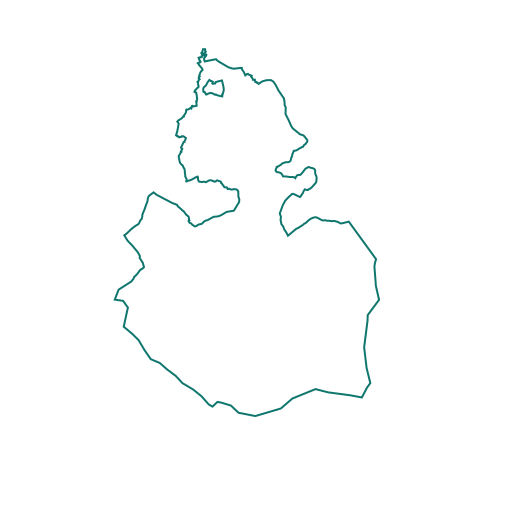 outline of Lagelu, Oyo, Nigeria, rotated 129°
{"feature_id": "59680162B50724647943907", "entity_name": "Lagelu", "entity_type": "district", "adm_level": 2, "iso_a3": "NGA", "parent_name": "Nigeria", "parent_adm1": "Oyo", "projection": "mercator", "projection_center": [3.986, 7.522], "detail": "fine", "context": "isolated", "style": "outline", "palette": "teal", "viewbox_px": 512, "rotation_deg": 129, "n_neighbors": 0, "source": "geoboundaries", "source_scale": "gbopen_adm2", "svg_char_len": 6138}
<svg xmlns="http://www.w3.org/2000/svg" viewBox="0 0 512 512"><g transform="rotate(129 256 256)"><path d="M394.2,314.3L394.4,303.1L395.3,294.2L399.4,283.1L402.4,272.8L399.7,263.4L400.1,253.5L399.7,242.9L401.1,233.1L399.3,220.7L399.3,210.0L401.1,199.3L400.4,195.0L393.6,194.1L391.7,190.5L388.0,181.3L388.8,170.9L380.8,155.8L358.8,140.7L343.8,138.0L322.0,126.0L316.5,114.0L305.1,95.4L299.3,84.7L288.4,86.9L282.8,87.2L273.4,99.6L258.9,114.5L236.1,128.6L231.6,132.0L212.6,132.8L203.8,144.0L189.6,157.4L186.3,159.3L182.9,160.7L170.9,205.5L176.7,209.9L177.6,211.1L178.0,213.8L179.5,217.3L181.1,218.8L182.8,221.7L183.8,222.9L184.9,225.1L186.1,226.1L186.7,227.3L187.7,232.6L188.4,234.1L189.8,235.4L192.9,237.0L196.2,237.8L198.6,238.0L200.5,238.8L202.6,239.2L207.4,240.8L209.8,241.9L220.1,243.9L218.5,247.6L217.5,251.0L216.0,253.3L215.2,256.4L212.4,259.7L209.9,261.2L208.0,264.3L199.5,267.2L194.4,268.1L189.5,267.7L185.1,267.0L184.3,266.2L184.1,265.6L182.5,258.9L182.2,258.8L177.5,259.2L175.6,259.8L173.5,260.0L172.5,257.6L172.1,257.2L171.4,257.2L169.5,256.3L168.3,256.0L166.4,255.8L161.5,255.6L160.2,255.9L159.4,256.6L157.8,257.5L156.6,258.6L155.8,259.7L155.1,261.3L153.9,262.6L152.4,263.7L151.7,265.1L152.0,267.1L152.9,268.8L153.7,271.1L157.0,272.5L162.6,272.4L165.0,272.6L167.0,274.7L169.2,274.8L170.8,274.4L170.9,276.1L171.2,276.8L173.1,279.0L175.6,283.2L176.1,283.7L177.1,285.1L176.9,285.8L176.6,286.1L176.4,286.6L176.1,287.8L176.0,289.2L176.8,291.3L177.6,292.4L177.7,293.0L177.4,293.7L177.4,294.4L176.8,294.9L175.1,295.5L173.6,295.5L173.5,295.8L172.9,295.4L171.3,294.7L169.0,294.0L167.5,293.8L164.8,292.2L162.5,289.8L161.6,289.3L160.4,289.1L158.4,289.9L157.3,290.5L155.8,290.7L154.2,291.7L150.5,292.8L149.5,291.8L148.6,291.2L147.6,290.7L145.0,289.9L144.1,289.4L142.3,288.8L141.5,288.2L139.6,288.5L137.4,287.9L136.6,288.1L135.3,288.1L134.6,288.3L133.7,289.0L133.3,290.2L133.2,291.3L132.7,292.7L132.5,294.2L132.5,295.4L133.7,298.2L133.7,299.4L133.7,307.6L132.8,310.5L129.9,316.1L127.1,322.4L121.8,326.4L120.7,328.7L118.1,331.0L116.0,333.4L113.2,342.7L110.6,348.6L109.6,352.2L109.9,355.1L112.5,358.2L115.4,360.4L117.2,361.3L120.6,362.3L120.3,363.9L120.9,364.5L120.5,365.1L121.2,366.1L119.7,367.9L120.3,368.5L121.0,369.0L120.2,370.5L119.8,372.0L119.5,372.3L119.6,372.6L118.7,372.7L119.1,374.5L119.8,376.2L119.5,376.9L120.4,377.6L122.4,378.0L120.7,381.2L119.7,384.6L118.8,385.4L119.5,386.3L124.5,391.2L125.8,393.7L126.7,396.4L128.2,406.1L128.5,408.6L128.2,410.8L129.1,411.7L137.1,418.3L136.1,419.7L135.1,420.8L132.1,420.8L131.6,420.9L130.7,421.3L130.8,421.8L132.4,422.4L131.5,424.0L128.8,423.6L128.4,424.8L127.3,425.7L127.4,425.9L128.4,426.9L128.6,427.3L131.3,426.2L131.9,426.1L132.7,426.2L133.8,423.4L135.1,424.0L135.7,423.4L137.8,425.3L138.1,425.4L139.3,423.2L139.8,421.5L140.1,421.2L140.5,421.2L141.9,422.3L142.8,422.6L143.1,420.9L143.5,420.1L143.4,419.7L143.7,419.1L144.0,416.8L144.5,415.3L145.0,414.6L147.3,414.9L148.5,414.7L151.9,413.5L151.8,412.8L153.8,412.6L154.0,411.1L155.5,411.2L156.8,410.6L157.5,411.0L157.9,410.3L159.3,408.7L160.0,407.6L160.5,407.5L161.0,407.0L163.4,407.5L164.4,407.4L164.7,407.5L166.5,407.5L166.7,407.1L167.2,406.9L166.6,405.3L167.9,404.0L168.5,403.1L171.4,400.2L173.4,399.8L173.4,399.2L174.3,398.9L176.5,396.7L177.7,397.5L178.8,398.7L179.4,398.9L179.3,399.9L179.8,400.2L182.1,399.1L182.3,400.2L184.3,400.6L185.5,401.5L185.8,402.1L186.1,402.3L187.8,401.2L189.3,400.6L191.2,400.4L192.4,400.5L192.9,399.8L194.0,400.4L195.5,400.3L199.7,401.7L200.4,401.7L200.8,401.5L201.1,401.6L201.3,400.6L201.9,399.3L208.8,395.6L212.5,394.1L212.5,392.9L212.1,392.7L212.1,392.3L212.3,391.9L212.0,391.5L212.2,390.5L211.8,390.1L211.5,390.1L210.9,389.4L209.9,389.2L209.8,388.6L209.1,388.4L208.8,388.1L208.6,387.5L208.4,384.8L209.7,384.2L212.0,383.7L212.3,383.4L212.7,383.8L213.1,383.9L218.2,382.7L219.0,382.4L219.1,380.7L222.1,380.1L222.1,379.5L223.5,379.6L224.3,379.3L226.9,379.0L227.9,378.1L231.3,374.0L231.8,371.8L231.8,369.9L233.0,367.8L233.1,366.8L234.5,365.0L236.3,363.5L237.6,361.9L238.7,361.1L239.6,358.9L240.4,357.8L241.9,357.2L241.8,356.9L240.6,356.3L238.0,354.5L236.8,353.9L235.0,353.3L234.3,352.8L232.8,352.4L231.1,351.4L231.3,350.8L231.7,350.3L232.6,349.7L234.0,347.6L233.8,346.5L233.0,345.5L232.7,344.6L231.3,343.6L231.0,343.2L230.3,341.6L230.0,341.2L229.2,341.0L227.0,340.1L226.2,339.5L225.4,338.6L224.8,336.5L224.5,336.2L224.5,335.4L224.2,334.8L223.5,334.3L222.1,334.1L221.7,333.8L220.5,330.6L220.4,330.1L221.2,329.1L221.1,328.1L221.7,326.9L221.7,325.6L222.3,324.7L222.4,324.3L222.1,323.1L221.0,321.9L221.2,321.2L221.8,320.2L220.5,319.0L220.4,318.3L219.8,316.8L218.6,315.7L217.8,315.2L216.9,313.7L216.4,312.2L217.0,310.4L220.9,307.1L222.4,304.7L224.6,303.1L234.7,301.7L240.2,306.6L245.8,308.6L248.5,310.0L250.3,311.6L252.2,313.6L258.6,316.2L260.2,317.4L261.7,318.0L264.5,318.3L265.5,318.6L266.5,319.5L268.0,320.6L269.7,321.0L270.9,321.6L271.5,322.2L271.8,325.1L271.5,326.9L272.0,328.6L271.3,330.3L270.3,330.2L270.2,330.9L269.5,331.2L268.8,331.9L268.1,332.7L267.8,333.6L267.9,334.1L267.8,334.7L267.8,336.7L267.4,337.7L266.7,340.7L267.0,342.0L266.7,343.2L266.6,348.0L265.9,349.5L267.5,354.3L271.0,371.8L271.0,375.6L276.4,377.0L277.7,376.9L279.4,376.2L282.0,374.7L286.9,373.1L289.5,372.1L294.2,370.7L295.6,370.2L296.9,369.2L299.3,368.1L300.8,368.4L304.1,367.5L305.3,367.5L308.7,368.7L313.3,369.8L319.7,370.6L322.8,371.4L324.9,365.5L325.8,358.4L327.5,350.2L329.1,346.2L330.7,345.2L332.5,339.8L335.1,336.1L336.5,336.1L337.8,336.5L339.5,337.2L345.4,337.0L349.2,337.5L350.2,337.0L351.5,336.8L352.7,336.9L354.1,336.8L368.6,341.6L378.8,338.3L374.5,331.1L376.7,323.1L394.2,314.3ZM141.0,392.9L144.8,388.0L146.6,386.1L148.0,385.1L150.7,384.0L151.7,383.5L151.9,383.8L153.2,382.7L153.6,383.2L154.7,385.5L155.6,387.7L155.7,388.9L156.5,389.3L156.8,391.5L157.6,393.6L157.9,393.7L158.1,394.1L158.8,394.7L161.0,395.9L161.4,395.9L161.9,396.5L161.2,398.1L161.2,398.6L160.9,399.1L161.5,400.0L161.2,400.4L159.6,402.1L157.9,402.7L155.0,402.2L151.1,403.0L148.5,403.0L148.5,401.3L148.2,401.1L147.8,399.2L149.4,398.5L149.4,397.9L148.1,396.9L147.6,396.3L146.2,396.8L142.5,394.1L141.0,392.9Z" fill="none" stroke="#0f766e" stroke-width="2"/></g></svg>